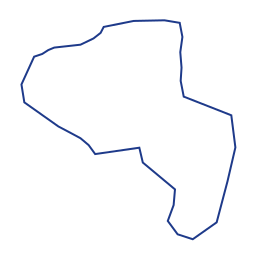 outline of Oyam, rotated 92°
{"feature_id": "UGA-3103", "entity_name": "Oyam", "entity_type": "County", "adm_level": 1, "iso_a3": "UGA", "parent_name": "Uganda", "parent_adm1": "", "projection": "mercator", "projection_center": [32.488, 2.331], "detail": "fine", "context": "isolated", "style": "outline", "palette": "blue", "viewbox_px": 256, "rotation_deg": 92, "n_neighbors": 0, "source": "natural_earth", "source_scale": "10m", "svg_char_len": 551}
<svg xmlns="http://www.w3.org/2000/svg" viewBox="0 0 256 256"><g transform="rotate(92 128 128)"><path d="M236.9,59.4L232.5,74.7L219.5,85.0L203.4,79.7L187.7,78.9L162.0,112.0L147.3,116.0L155.2,159.9L146.5,166.7L139.9,175.1L135.4,184.2L128.9,197.6L106.0,232.5L88.2,236.0L60.0,224.3L57.0,216.3L52.9,210.4L50.2,204.5L46.4,178.4L39.7,165.6L33.9,158.7L27.8,155.8L20.8,126.0L19.1,95.3L21.1,80.0L35.1,76.8L50.4,78.4L65.8,76.6L79.1,77.0L94.7,73.4L111.7,25.2L143.7,20.0L177.8,26.7L219.2,36.1L236.9,59.4Z" fill="none" stroke="#1e3a8a" stroke-width="2"/></g></svg>